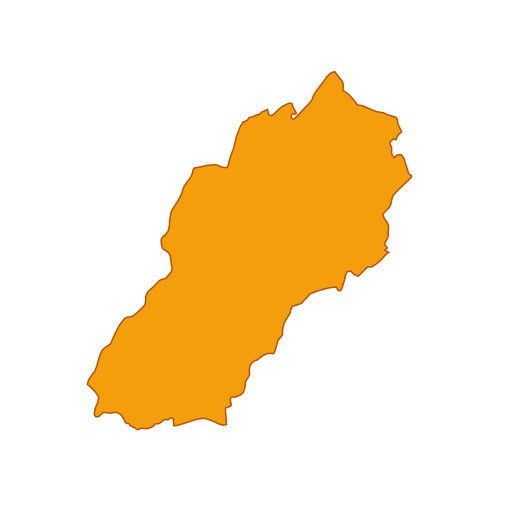 Dognecea, Caras-Severin, Romania (Albers equal-area conic projection), rotated 195°
{"feature_id": "2599482B59152503777278", "entity_name": "Dognecea", "entity_type": "district", "adm_level": 2, "iso_a3": "ROU", "parent_name": "Romania", "parent_adm1": "Caras-Severin", "projection": "albers", "projection_center": [21.734, 45.264], "detail": "fine", "context": "isolated", "style": "filled", "palette": "amber", "viewbox_px": 512, "rotation_deg": 195, "n_neighbors": 0, "source": "geoboundaries", "source_scale": "gbopen_adm2", "svg_char_len": 5109}
<svg xmlns="http://www.w3.org/2000/svg" viewBox="0 0 512 512"><g transform="rotate(195 256 256)"><path d="M301.8,382.8L302.5,382.4L303.1,382.4L303.4,380.7L304.6,377.4L305.8,366.4L305.5,353.6L305.8,351.3L306.0,349.1L306.2,346.8L306.4,344.5L306.4,342.3L306.5,340.0L306.4,337.7L306.4,335.4L307.3,333.7L312.4,332.9L313.9,333.3L315.4,333.6L316.9,333.7L318.4,333.7L321.9,332.7L323.0,332.2L324.2,331.7L325.4,331.3L326.6,331.0L329.5,329.4L332.4,327.8L335.4,326.4L338.4,325.0L339.0,322.8L338.9,320.9L338.9,319.1L339.1,317.2L339.4,315.4L343.4,305.0L343.7,303.2L343.9,301.3L344.0,299.4L343.9,297.6L345.4,289.8L349.4,277.3L349.2,273.6L348.8,270.0L348.3,266.3L347.5,262.7L347.3,257.7L347.5,256.7L347.8,255.8L348.2,254.9L348.6,254.1L349.1,253.2L349.6,252.4L350.2,251.6L350.8,250.9L351.8,248.4L351.8,247.0L350.3,242.4L348.3,239.4L347.0,238.5L345.8,238.2L344.6,237.9L343.4,237.4L342.3,236.9L341.2,236.2L340.4,235.6L339.7,234.9L339.1,234.1L338.6,233.3L333.6,221.5L333.7,219.3L334.6,217.1L335.5,215.0L336.5,212.9L337.6,210.9L339.0,210.2L340.4,209.3L341.7,208.4L342.9,207.3L344.9,203.7L346.9,200.2L349.1,196.7L351.3,193.2L352.0,189.2L351.9,187.3L351.2,185.6L350.6,179.9L356.0,170.6L358.2,167.7L360.9,165.0L365.3,163.1L367.1,161.1L370.4,152.5L371.4,147.7L372.3,142.9L373.1,138.1L373.8,133.3L377.9,128.9L380.1,125.3L381.0,120.6L381.1,119.3L381.2,116.7L381.3,114.1L381.3,111.4L381.3,108.8L381.9,103.1L385.1,94.9L385.1,94.6L385.5,93.0L385.6,91.4L385.7,89.7L385.5,88.1L382.1,86.8L376.7,83.6L375.3,82.5L373.9,81.4L372.6,80.2L371.4,78.8L371.0,73.7L371.9,67.2L371.6,63.8L371.2,61.0L369.1,59.2L366.3,60.1L363.4,64.9L361.1,65.9L358.0,66.1L356.9,66.4L355.7,66.7L354.6,67.1L353.5,67.6L352.4,68.2L350.2,68.8L346.2,68.1L345.2,67.5L344.3,66.8L343.4,66.1L342.5,65.3L341.7,64.5L340.9,63.6L340.2,62.7L339.5,61.8L338.2,61.0L337.1,61.0L335.3,61.2L334.9,60.8L333.6,59.4L331.7,59.3L330.7,58.7L329.0,58.9L325.8,57.5L324.8,57.6L323.2,59.8L318.7,60.5L315.9,61.3L311.6,64.5L309.7,67.8L306.4,68.9L304.8,70.7L303.7,71.9L303.4,73.2L301.3,74.5L300.8,74.6L298.6,74.9L297.5,76.6L296.0,77.7L295.4,77.8L294.9,77.8L294.3,77.7L293.8,77.4L291.6,70.9L289.9,71.1L285.9,73.3L270.3,83.4L266.0,85.1L262.5,86.0L261.2,85.9L258.1,85.7L255.0,85.3L251.9,84.8L248.9,84.2L244.2,84.0L240.9,85.5L245.8,99.9L245.9,101.7L244.8,102.3L243.7,102.9L242.6,103.7L241.6,104.5L241.4,106.3L242.2,107.4L242.8,108.6L243.3,109.8L243.7,111.1L243.4,113.1L241.9,113.9L239.6,114.2L235.1,117.6L232.9,121.0L232.6,124.9L233.6,132.1L232.0,137.1L231.6,140.5L232.3,142.3L232.9,144.0L233.2,145.9L233.4,147.7L233.3,148.8L233.0,149.8L232.7,150.9L232.2,151.8L231.7,152.6L229.6,155.0L227.9,155.8L226.4,158.0L224.8,160.0L223.0,162.0L221.1,163.9L220.3,164.3L219.5,164.7L218.7,165.1L217.9,165.4L217.0,165.6L216.1,165.8L215.2,165.9L214.3,165.9L213.3,167.3L213.1,170.4L212.9,173.5L212.9,176.6L213.0,179.7L210.0,186.9L211.1,191.0L211.3,192.2L211.4,194.1L211.4,195.9L211.4,197.7L211.2,199.6L208.3,209.6L208.4,214.5L207.8,217.0L205.7,218.1L203.6,219.4L201.6,220.7L199.7,222.2L193.9,233.4L192.6,234.4L191.4,235.4L190.1,236.4L188.7,237.3L187.1,238.3L185.3,239.5L183.5,240.6L181.6,241.7L179.6,242.8L177.5,243.9L175.3,244.9L173.0,245.8L170.8,246.7L169.9,246.1L169.1,245.5L168.3,244.8L167.6,244.0L165.5,244.3L164.7,246.8L164.5,249.5L164.4,252.6L164.3,255.6L164.4,258.7L164.5,261.7L164.1,264.1L160.9,266.0L155.7,263.3L152.1,262.9L150.7,265.2L149.2,267.5L147.9,269.9L146.7,272.3L144.7,274.7L141.4,275.3L139.0,278.0L137.9,279.3L136.9,280.6L135.9,281.9L135.0,283.3L134.1,284.8L133.3,286.2L132.6,287.7L131.9,289.2L131.8,289.5L131.2,290.3L130.0,292.2L129.7,292.6L129.5,292.9L128.7,293.9L130.3,294.3L131.2,294.3L131.5,294.3L132.2,294.6L133.1,295.0L131.3,297.9L133.0,299.1L134.0,299.9L134.9,300.9L135.0,301.3L133.9,306.4L133.4,308.8L135.3,318.0L136.7,321.0L141.7,325.4L144.0,328.6L144.0,330.0L139.8,337.4L139.2,341.1L139.5,346.7L139.1,350.1L137.1,354.3L126.5,371.8L126.3,373.6L129.4,374.9L131.3,377.3L138.2,388.3L141.5,391.2L142.9,391.1L144.1,390.8L145.2,390.3L146.3,389.7L147.8,386.8L150.6,388.6L151.3,390.1L151.9,391.6L152.4,393.2L152.7,394.9L153.7,396.8L154.4,397.5L155.1,398.4L155.7,399.3L156.2,400.2L155.6,401.5L154.9,402.7L154.0,403.8L153.1,404.9L150.8,404.6L150.6,406.1L150.4,407.6L150.1,409.1L149.6,410.6L147.4,413.5L153.2,420.5L154.6,424.1L156.2,426.1L166.7,426.6L169.8,427.4L175.5,426.7L179.7,426.9L192.3,428.7L197.3,428.1L199.8,430.4L206.9,435.3L208.8,436.2L210.8,437.1L212.9,437.8L215.0,438.5L215.8,443.5L217.3,446.5L227.7,454.5L231.3,452.0L233.7,447.9L235.5,443.1L237.3,438.4L239.3,433.7L241.2,429.0L242.2,425.0L242.2,421.8L242.9,419.6L252.0,402.6L255.1,397.6L257.8,398.7L258.3,400.5L258.2,401.2L257.9,401.9L257.6,402.5L257.2,403.1L256.4,403.0L255.6,403.0L254.8,403.2L254.1,403.6L254.4,405.1L258.2,408.6L260.9,412.7L263.6,412.2L268.8,407.8L270.7,405.4L272.4,402.8L274.0,400.2L275.5,397.5L277.2,395.8L279.6,395.5L280.8,396.7L281.7,398.5L282.3,399.5L282.9,400.4L283.8,399.4L284.7,399.1L285.8,398.0L287.2,397.0L288.5,395.0L289.7,393.6L290.5,392.8L291.4,392.7L293.3,391.4L294.4,390.1L295.8,389.0L297.3,388.6L298.6,387.8L299.0,386.6L299.5,385.1L301.8,382.8Z" fill="#f59e0b" stroke="#b45309" stroke-width="1.5"/></g></svg>